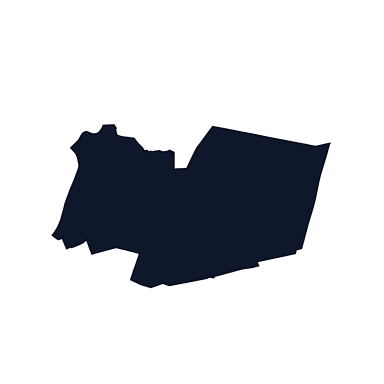 U Minh Thuong, Kiên Giang, Vietnam, rotated 250°
{"feature_id": "81297802B37875930391216", "entity_name": "U Minh Thuong", "entity_type": "district", "adm_level": 2, "iso_a3": "VNM", "parent_name": "Vietnam", "parent_adm1": "Kiên Giang", "projection": "natural_earth1", "projection_center": [105.166, 9.624], "detail": "fine", "context": "isolated", "style": "filled", "palette": "ink", "viewbox_px": 384, "rotation_deg": 250, "n_neighbors": 0, "source": "geoboundaries", "source_scale": "gbopen_adm2", "svg_char_len": 3345}
<svg xmlns="http://www.w3.org/2000/svg" viewBox="0 0 384 384"><g transform="rotate(250 192 192)"><path d="M130.6,104.5L122.6,112.3L116.4,120.7L116.3,133.5L112.0,138.5L107.9,163.6L106.0,175.9L106.0,176.7L106.0,177.1L106.1,177.7L106.1,178.0L106.1,178.8L106.0,179.3L105.9,179.9L104.5,182.2L104.0,183.1L105.2,184.1L104.5,191.5L102.8,212.0L101.9,217.0L100.6,222.7L100.1,228.5L99.9,229.2L104.4,229.1L103.6,234.8L102.0,246.4L99.6,263.6L99.0,268.0L102.2,270.2L101.5,275.5L102.3,276.1L104.9,277.9L110.3,281.7L115.7,285.5L121.7,289.6L130.9,296.5L137.5,301.4L142.1,304.5L146.7,307.4L156.0,313.1L156.2,313.3L157.7,314.1L164.2,318.4L167.9,321.2L180.3,330.5L190.0,337.4L190.5,338.0L191.1,334.5L191.7,329.0L192.4,323.9L192.7,323.3L195.8,318.0L197.0,316.3L199.3,312.3L215.7,284.8L216.6,283.3L219.1,279.2L222.2,274.2L225.3,269.1L228.1,264.3L229.3,262.4L231.2,259.0L234.6,253.5L235.5,252.1L238.0,247.8L239.8,245.0L241.5,242.0L246.3,233.8L241.9,227.1L238.7,222.3L237.2,220.0L234.1,215.4L232.7,213.0L231.5,211.5L231.3,211.2L225.6,205.1L218.9,198.3L215.7,195.1L217.1,190.5L218.8,185.6L218.9,184.8L219.1,184.1L219.7,182.7L220.4,183.1L234.9,188.4L234.5,186.3L236.2,187.8L237.5,186.4L238.3,185.8L238.7,185.4L238.8,185.1L238.8,184.8L238.6,184.0L238.5,183.7L238.5,183.4L238.6,182.6L238.7,182.0L238.8,181.1L239.3,179.0L239.5,178.4L239.7,178.0L240.0,177.6L240.5,177.1L240.8,176.7L240.9,176.4L241.0,176.0L241.5,176.0L241.6,175.9L241.8,175.7L242.0,175.1L242.0,174.8L242.1,174.0L242.4,173.2L242.7,171.8L243.1,168.9L243.4,168.2L243.6,168.0L243.8,167.8L244.0,167.6L244.2,167.2L244.3,166.5L244.4,166.0L244.4,164.6L244.4,164.4L244.6,164.3L245.0,164.3L245.3,164.3L245.8,164.3L246.0,164.3L246.2,164.2L246.3,164.0L246.4,163.7L246.4,163.1L246.4,162.8L246.6,162.5L246.8,162.2L246.8,161.9L246.8,161.6L246.7,161.3L246.8,161.0L247.0,160.9L248.0,160.9L248.5,160.8L249.4,160.7L250.2,160.5L251.6,160.0L252.8,159.3L255.6,158.0L257.9,157.2L260.3,156.4L262.0,156.0L262.7,155.1L263.1,154.5L263.2,153.7L263.5,152.7L263.8,152.7L265.0,150.5L267.1,146.3L268.0,144.8L268.9,143.4L270.5,141.5L271.2,140.9L271.5,140.7L272.2,140.9L273.9,141.0L276.0,141.4L277.4,141.4L277.9,142.5L281.7,141.6L283.0,137.5L284.1,134.1L284.9,131.3L283.7,130.5L282.3,128.9L281.7,128.0L280.5,126.2L280.1,125.4L279.8,125.0L279.6,124.3L279.5,123.4L279.4,122.5L279.5,121.4L279.9,120.1L280.1,119.2L280.6,118.4L281.8,116.7L283.8,114.7L284.5,113.9L284.9,113.1L285.0,112.3L285.0,111.7L284.9,111.1L284.8,110.5L284.7,110.0L284.3,109.0L283.9,108.4L283.2,107.5L282.4,106.5L280.8,104.9L280.0,103.9L279.4,103.1L278.2,100.7L275.0,93.3L272.3,94.3L270.0,95.4L267.7,96.1L264.4,96.4L262.7,96.2L259.3,95.7L256.4,95.2L254.8,94.7L253.1,93.6L250.6,91.6L242.7,84.8L242.6,84.7L238.1,80.5L235.7,78.3L228.6,72.3L224.4,68.8L222.7,67.7L220.8,66.4L219.9,65.8L210.2,58.9L207.7,56.5L204.9,53.9L202.8,51.4L200.0,47.5L199.2,46.0L197.7,46.9L196.0,48.0L193.9,49.4L193.5,49.8L193.3,50.0L193.1,50.2L193.0,50.5L193.2,54.3L185.3,54.7L183.5,54.8L181.6,54.9L182.2,59.6L181.2,59.6L181.0,62.3L181.4,70.2L181.7,72.2L182.7,74.9L183.0,75.5L183.4,76.7L178.7,76.7L173.4,76.7L168.0,76.8L167.4,85.2L166.8,91.7L166.3,98.0L166.0,100.3L165.9,101.3L165.8,101.9L165.5,102.5L164.2,104.3L162.2,107.3L161.7,108.2L159.2,111.8L156.7,115.5L154.2,119.1L152.2,121.9L151.8,121.6L142.6,114.2L137.5,109.9L133.4,106.8L130.6,104.5Z" fill="#0f172a" stroke="#020617" stroke-width="1.5"/></g></svg>